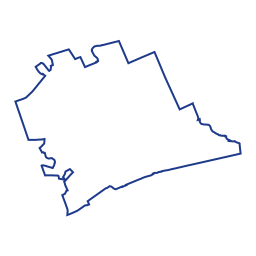 Sprancenata, Olt, Romania
{"feature_id": "2599482B2339465789380", "entity_name": "Sprancenata", "entity_type": "district", "adm_level": 2, "iso_a3": "ROU", "parent_name": "Romania", "parent_adm1": "Olt", "projection": "orthographic", "projection_center": [24.622, 44.051], "detail": "fine", "context": "isolated", "style": "outline", "palette": "blue", "viewbox_px": 256, "rotation_deg": 0, "n_neighbors": 0, "source": "geoboundaries", "source_scale": "gbopen_adm2", "svg_char_len": 5321}
<svg xmlns="http://www.w3.org/2000/svg" viewBox="0 0 256 256"><path d="M89.1,204.5L87.7,201.2L90.7,199.0L99.6,192.7L105.9,188.2L106.9,188.1L109.6,186.2L110.1,186.2L111.7,186.8L113.5,188.3L114.7,189.0L115.9,189.2L121.7,186.7L122.2,186.5L122.3,186.9L126.3,185.2L126.0,184.8L134.0,181.5L139.9,179.1L140.8,178.8L143.2,177.7L145.4,176.9L147.2,176.4L151.2,175.3L153.1,174.1L152.7,173.8L152.7,173.7L154.2,173.0L155.3,172.9L155.6,172.9L156.8,172.9L157.2,172.8L157.7,172.6L158.5,172.1L159.0,172.0L159.6,172.0L160.2,171.8L161.4,171.7L161.5,171.3L163.7,170.8L166.4,170.3L166.9,170.3L168.4,170.0L173.2,168.8L174.0,168.7L186.4,165.8L200.8,162.6L240.6,153.6L239.6,144.6L239.7,143.8L239.3,143.2L237.0,142.5L235.5,141.9L234.9,141.2L233.3,141.4L230.9,141.2L228.5,141.0L228.5,140.6L229.2,140.5L230.0,140.4L229.2,140.0L228.5,139.8L227.7,139.4L227.0,138.9L226.6,138.6L226.5,138.3L226.3,137.8L226.2,137.2L226.2,136.9L226.2,136.4L226.1,136.2L225.8,136.1L225.7,136.1L225.4,136.3L225.2,136.3L225.2,136.2L225.2,135.9L225.0,135.7L224.8,135.6L224.5,135.6L224.1,135.7L223.7,135.8L223.4,135.8L223.1,135.8L222.9,135.7L222.7,135.7L222.4,135.7L222.2,135.8L221.3,135.7L220.4,135.3L220.3,135.2L220.1,135.2L219.9,135.3L219.6,135.4L219.2,135.2L218.8,135.1L218.7,135.0L218.5,134.8L218.3,134.6L218.2,134.4L217.9,134.3L217.3,134.1L216.8,133.8L216.5,133.6L216.1,133.4L215.8,133.4L215.6,133.3L215.2,133.1L215.0,132.8L214.8,132.6L214.0,132.1L213.3,131.8L212.7,131.4L212.2,130.9L211.8,130.3L211.5,129.8L211.2,129.3L210.9,128.8L210.7,127.5L210.4,127.0L210.2,126.4L209.8,125.9L209.5,125.5L209.3,125.2L208.8,124.9L208.3,124.8L207.8,124.7L205.2,124.5L204.3,124.5L203.0,124.3L202.1,124.1L201.5,123.9L201.0,123.6L200.7,123.3L200.5,122.9L200.3,122.6L200.2,122.4L200.1,122.2L199.8,121.8L199.7,121.4L199.6,121.2L199.5,120.9L199.5,120.7L199.6,120.4L199.9,120.2L199.7,119.1L197.9,119.8L198.2,118.8L198.3,118.4L198.2,117.7L197.9,116.6L197.5,115.6L197.3,115.0L196.2,112.4L192.7,103.5L192.7,103.4L179.7,109.4L165.0,77.1L154.5,52.0L141.7,57.4L128.4,63.2L118.9,41.0L102.7,45.1L102.1,45.0L101.5,45.3L100.9,45.6L100.7,45.7L99.8,45.7L99.0,45.8L98.7,45.8L98.2,45.8L97.6,45.8L97.0,45.8L96.4,45.9L96.1,46.0L95.8,46.1L95.7,46.2L95.1,46.3L94.8,46.3L94.6,46.4L94.3,46.6L94.0,46.8L93.8,47.0L93.5,47.3L93.0,47.8L92.7,48.1L92.6,48.3L92.4,48.6L92.2,48.9L92.1,49.0L92.0,49.9L92.0,50.2L91.8,50.2L91.8,50.5L91.8,50.8L91.9,51.1L93.4,53.9L94.2,55.4L94.3,55.6L94.8,56.0L95.6,56.7L96.1,57.1L97.0,57.9L97.2,58.2L97.5,58.5L97.7,59.1L98.0,60.3L98.1,61.0L96.6,61.6L97.0,62.0L96.5,62.4L89.5,65.2L85.0,67.1L80.4,57.1L80.1,57.2L77.6,58.0L76.4,58.6L75.9,58.8L75.1,59.1L73.9,57.2L72.0,54.2L71.0,52.8L70.2,51.4L68.8,49.4L68.0,49.6L66.5,50.1L63.7,50.9L62.0,51.5L60.6,51.9L58.6,52.5L58.1,52.7L57.4,52.9L56.1,53.3L54.7,53.7L53.5,54.1L52.7,54.3L51.6,54.7L49.9,55.2L48.8,55.5L48.3,55.7L50.5,58.1L51.7,59.6L51.8,59.8L52.9,65.0L50.9,65.8L51.0,66.0L51.1,66.4L51.0,67.0L50.6,69.7L50.6,69.9L49.4,70.7L49.2,70.9L48.8,70.6L43.6,64.0L42.8,63.5L42.6,63.2L42.2,63.2L41.8,63.1L41.5,63.0L41.2,63.0L40.7,63.0L40.1,63.7L35.7,66.8L37.4,69.9L38.9,71.9L40.4,73.4L42.4,74.4L42.8,73.9L45.2,75.8L43.0,78.5L38.6,83.9L32.5,91.4L25.9,97.7L22.4,99.1L15.4,101.5L24.6,128.4L28.5,139.9L35.9,139.9L36.7,139.8L40.5,139.5L41.6,139.5L42.4,139.4L44.5,139.0L44.4,141.3L44.2,143.5L41.3,146.6L39.6,148.0L41.5,151.4L41.8,152.0L41.9,152.4L43.4,152.3L43.5,152.5L43.6,152.8L43.9,152.9L44.1,152.9L44.4,152.9L44.8,152.9L44.9,153.2L45.0,153.5L45.2,154.4L45.4,155.3L45.7,156.3L46.0,157.1L46.2,157.4L46.7,157.7L47.4,158.1L48.0,158.3L48.5,158.5L49.4,158.5L49.6,158.5L50.1,158.3L50.7,158.2L50.9,158.2L51.3,158.2L51.7,158.1L52.0,158.2L52.3,158.4L52.5,158.7L53.2,159.1L53.8,159.5L54.2,159.9L54.5,160.2L54.6,160.6L54.8,161.0L54.9,161.5L54.9,161.9L54.9,162.4L54.9,162.6L54.9,162.8L54.7,162.9L54.6,163.1L54.3,164.6L54.1,165.3L53.8,165.9L53.4,166.5L53.2,166.9L53.0,167.6L52.7,168.0L52.3,168.0L51.7,167.7L51.2,167.5L50.6,167.4L49.6,167.1L48.9,166.9L48.3,166.7L48.0,166.6L47.7,166.6L47.1,166.4L46.8,166.2L46.2,166.0L45.8,165.9L45.0,165.7L44.0,165.6L43.6,165.4L43.3,165.3L42.9,165.3L42.6,165.3L42.0,165.4L41.6,165.6L41.8,166.2L42.1,167.2L42.3,167.6L42.9,169.3L43.4,170.8L44.0,172.3L45.1,175.4L47.7,175.3L48.9,175.3L50.2,175.3L55.7,175.5L56.8,175.5L57.7,175.6L58.1,175.7L58.6,176.1L58.7,176.7L58.9,178.6L59.6,178.8L60.9,179.0L61.5,179.1L62.0,179.2L64.9,179.8L65.1,179.6L64.6,179.0L63.5,177.6L63.0,177.1L63.4,176.6L63.8,176.0L64.2,175.2L64.5,174.7L64.8,174.1L64.9,173.9L65.0,173.6L65.2,173.1L65.2,172.7L65.3,172.2L65.5,171.6L66.8,170.8L67.7,170.3L68.5,169.9L69.0,169.6L69.5,169.3L69.9,169.1L70.8,170.0L71.5,170.7L72.5,171.7L73.0,172.3L72.6,172.7L72.1,173.2L71.0,174.3L70.2,175.2L68.4,177.2L66.9,178.9L66.7,179.1L65.8,180.1L65.3,180.6L64.6,181.4L64.2,181.7L64.4,182.2L64.7,183.1L64.8,183.5L64.9,184.0L65.1,184.4L65.2,185.0L65.5,185.8L66.4,187.6L66.8,188.7L67.6,190.4L67.3,190.5L66.9,190.7L66.5,190.8L66.4,190.8L65.8,192.2L65.4,192.8L65.2,193.2L65.1,193.6L64.6,194.0L64.2,194.2L62.3,195.1L62.6,195.8L63.1,197.3L63.3,197.9L64.7,201.6L65.0,202.3L65.1,202.7L65.6,204.0L65.9,204.9L66.0,205.2L66.6,206.9L67.0,208.0L67.2,208.6L67.3,208.8L67.4,209.3L67.5,209.6L67.6,210.3L67.6,210.6L67.7,211.0L67.6,211.4L67.6,211.8L67.6,212.2L67.5,212.5L67.3,215.0L69.7,214.1L73.7,212.4L77.6,210.6L84.9,205.5L86.4,205.2L86.8,205.3L89.1,204.5Z" fill="none" stroke="#1e3a8a" stroke-width="2"/></svg>